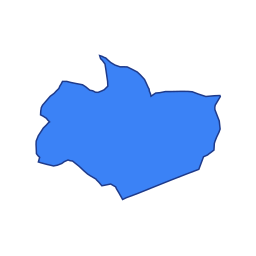 outline of Al-Shirqat, Sala ad-Din, Iraq, rotated 213°
{"feature_id": "34846034B7804505829075", "entity_name": "Al-Shirqat", "entity_type": "district", "adm_level": 2, "iso_a3": "IRQ", "parent_name": "Iraq", "parent_adm1": "Sala ad-Din", "projection": "robinson", "projection_center": [43.229, 35.472], "detail": "fine", "context": "isolated", "style": "filled", "palette": "blue", "viewbox_px": 256, "rotation_deg": 213, "n_neighbors": 0, "source": "geoboundaries", "source_scale": "gbopen_adm2", "svg_char_len": 1650}
<svg xmlns="http://www.w3.org/2000/svg" viewBox="0 0 256 256"><g transform="rotate(213 128 128)"><path d="M68.6,205.3L73.0,202.2L79.9,196.8L87.4,194.8L93.8,193.4L97.9,191.2L104.1,187.2L112.2,181.7L116.4,179.0L120.6,174.9L123.8,172.4L124.6,170.6L126.0,167.2L127.9,169.0L130.1,170.5L131.6,172.2L133.0,172.9L137.5,175.8L140.6,177.7L146.4,179.2L150.7,180.0L156.1,179.5L161.9,178.8L164.9,177.0L167.9,175.0L173.2,173.7L178.2,173.5L181.6,174.0L184.8,174.6L186.5,174.2L188.6,174.0L191.2,173.3L188.7,171.2L186.3,170.7L182.1,169.1L177.9,164.4L170.5,156.0L167.7,152.1L168.8,147.1L170.3,144.7L172.5,141.6L174.7,140.3L177.9,140.0L180.6,138.9L185.8,139.5L189.7,139.5L192.4,138.4L196.3,136.8L200.9,135.0L204.8,133.7L208.3,131.4L208.0,128.1L208.0,126.1L207.5,123.5L208.3,119.9L208.8,116.9L210.5,112.3L211.0,108.7L211.3,106.5L212.1,100.6L211.8,97.9L210.4,94.7L208.5,91.4L205.5,91.7L202.2,91.7L201.7,91.7L199.8,91.0L197.1,90.4L197.6,89.1L198.1,85.8L199.0,81.9L199.0,79.9L199.0,75.6L199.0,72.7L197.9,67.1L196.2,64.2L192.7,59.3L190.8,56.6L188.3,55.7L186.1,55.3L184.7,50.7L182.1,51.4L176.2,53.3L172.7,54.6L169.8,55.6L167.0,58.3L164.2,62.2L163.1,65.1L160.9,68.5L158.9,69.0L156.5,70.1L153.7,69.8L148.4,69.3L141.2,68.0L136.9,67.4L133.8,67.4L127.0,67.7L126.4,67.4L122.7,66.6L118.5,65.3L116.8,66.9L112.0,71.6L106.3,71.9L104.7,70.8L100.4,68.7L94.5,65.6L93.6,65.1L91.4,68.7L84.0,78.7L76.3,89.7L63.2,108.3L53.8,121.4L46.1,131.9L49.0,145.0L46.6,148.7L46.1,150.3L45.2,152.6L43.9,156.3L47.2,162.1L47.8,164.2L48.7,168.6L49.4,173.9L50.2,177.3L51.5,178.9L55.3,183.6L65.1,190.7L66.4,192.5L67.3,194.6L67.7,204.6L68.6,205.3Z" fill="#3b82f6" stroke="#1e3a8a" stroke-width="1.5"/></g></svg>